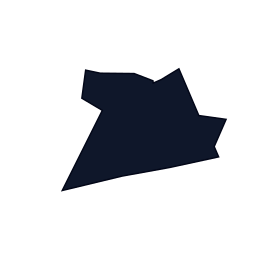 SVG path tracing the border of Ngeremlengui, rotated 59°
{"feature_id": "PLW-5256", "entity_name": "Ngeremlengui", "entity_type": "state/province", "adm_level": 1, "iso_a3": "PLW", "parent_name": "Palau", "parent_adm1": "", "projection": "natural_earth1", "projection_center": [134.562, 7.532], "detail": "fine", "context": "isolated", "style": "filled", "palette": "ink", "viewbox_px": 256, "rotation_deg": 59, "n_neighbors": 0, "source": "natural_earth", "source_scale": "10m", "svg_char_len": 359}
<svg xmlns="http://www.w3.org/2000/svg" viewBox="0 0 256 256"><g transform="rotate(59 128 128)"><path d="M78.7,152.2L56.6,134.5L66.8,123.5L84.5,94.7L100.4,82.3L102.5,83.3L103.6,74.8L103.5,53.9L153.8,60.9L171.1,39.5L188.3,63.7L199.4,65.2L183.4,112.3L166.1,158.0L147.7,216.5L99.7,140.9L78.7,152.2Z" fill="#0f172a" stroke="#020617" stroke-width="1.5"/></g></svg>